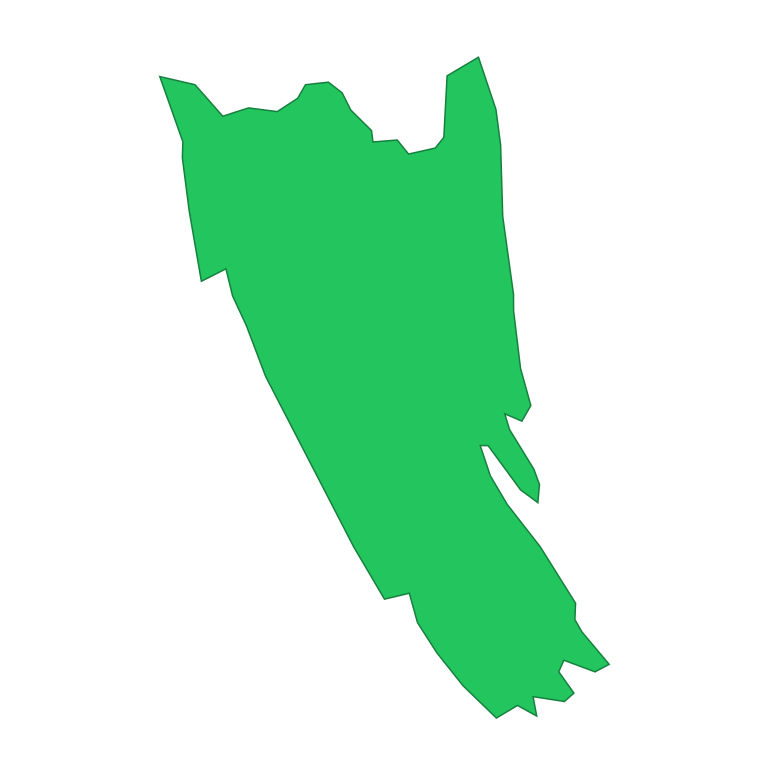 Perry, Pennsylvania, United States of America, rotated 272°
{"feature_id": "52423323B70700316727445", "entity_name": "Perry", "entity_type": "district", "adm_level": 2, "iso_a3": "USA", "parent_name": "United States of America", "parent_adm1": "Pennsylvania", "projection": "robinson", "projection_center": [-77.275, 40.407], "detail": "fine", "context": "isolated", "style": "filled", "palette": "green", "viewbox_px": 768, "rotation_deg": 272, "n_neighbors": 0, "source": "geoboundaries", "source_scale": "gbopen_adm2", "svg_char_len": 944}
<svg xmlns="http://www.w3.org/2000/svg" viewBox="0 0 768 768"><g transform="rotate(272 384 384)"><path d="M683.4,149.2L619.1,174.5L602.9,174.6L549.5,183.4L480.3,197.9L493.6,222.0L466.7,229.6L437.8,244.3L387.3,265.5L220.0,359.5L169.0,392.0L175.8,416.6L146.7,425.8L117.2,446.2L85.2,473.5L54.1,508.0L67.4,528.6L57.5,548.2L76.7,543.9L73.0,575.4L81.7,584.6L102.5,568.7L114.2,573.4L103.7,604.9L111.7,618.8L143.1,590.5L155.1,583.0L171.6,583.1L226.8,545.8L267.9,511.4L295.9,493.5L325.9,482.3L326.0,490.2L282.9,524.2L270.8,541.9L288.9,542.9L304.0,536.8L342.8,511.1L358.4,505.7L351.7,523.1L367.6,531.5L404.4,519.9L461.4,511.0L478.1,510.3L555.8,496.8L627.0,492.2L662.3,486.3L713.9,467.0L694.2,436.3L632.6,435.2L621.6,427.0L614.7,400.5L628.3,388.7L625.5,364.5L636.8,362.7L656.7,341.2L673.5,332.0L683.7,317.9L680.4,295.1L666.5,287.7L652.5,267.8L655.2,239.1L646.0,213.5L676.5,184.7L683.4,149.2Z" fill="#22c55e" stroke="#15803d" stroke-width="1.5"/></g></svg>